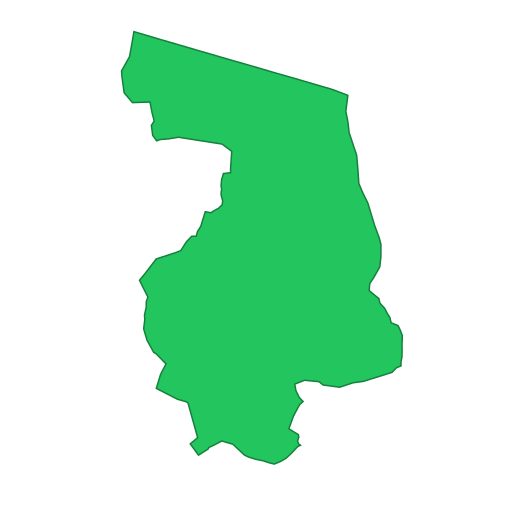 Mashi, Katsina, Nigeria, rotated 8°
{"feature_id": "59680162B19433829654146", "entity_name": "Mashi", "entity_type": "district", "adm_level": 2, "iso_a3": "NGA", "parent_name": "Nigeria", "parent_adm1": "Katsina", "projection": "albers", "projection_center": [7.993, 13.133], "detail": "fine", "context": "isolated", "style": "filled", "palette": "green", "viewbox_px": 512, "rotation_deg": 8, "n_neighbors": 0, "source": "geoboundaries", "source_scale": "gbopen_adm2", "svg_char_len": 1969}
<svg xmlns="http://www.w3.org/2000/svg" viewBox="0 0 512 512"><g transform="rotate(8 256 256)"><path d="M144.0,296.2L147.7,301.7L154.6,311.6L153.7,316.7L154.4,322.0L153.8,330.0L154.7,334.4L154.9,343.8L159.8,354.6L168.1,365.7L170.7,366.7L181.9,375.4L178.0,386.4L175.7,401.0L198.2,408.8L207.5,410.1L209.1,411.0L223.5,444.0L217.0,451.2L226.8,461.2L235.5,453.8L236.0,452.2L242.3,448.0L247.7,444.0L259.3,445.6L272.2,454.7L276.4,456.1L283.5,457.3L291.4,457.8L298.2,459.0L303.1,459.5L309.0,456.0L313.9,452.1L318.4,446.6L323.7,439.1L326.4,437.2L324.4,436.2L322.9,433.5L323.6,429.4L322.8,427.0L317.1,424.5L312.6,422.5L315.4,409.3L319.2,398.8L320.2,396.8L322.9,393.5L318.6,390.2L314.3,383.8L312.2,377.5L321.3,372.3L328.8,372.0L336.0,371.7L340.3,374.4L357.1,374.3L369.6,368.1L379.8,365.2L406.9,352.3L410.6,347.2L414.9,344.6L414.3,340.7L414.6,335.7L413.7,328.4L412.8,322.6L412.5,318.6L411.9,314.3L409.2,309.4L406.3,305.1L399.1,303.3L397.1,298.2L393.9,294.4L390.6,289.8L385.3,285.5L383.6,281.0L380.0,278.9L372.9,274.5L372.5,267.4L375.5,261.3L380.1,249.6L379.8,239.4L378.1,227.1L375.7,221.3L369.1,209.0L359.5,188.2L352.6,178.0L347.7,169.8L347.1,166.8L344.8,155.8L341.6,142.0L338.1,135.1L331.1,120.9L328.2,109.9L324.8,100.2L324.7,90.3L324.6,84.1L316.6,82.3L309.6,80.7L305.1,79.9L299.7,79.2L275.3,75.6L260.6,73.5L248.9,71.9L231.4,69.3L219.5,67.6L203.6,65.4L200.4,64.9L198.2,64.6L169.0,60.4L146.6,57.1L129.1,54.6L103.9,50.8L103.6,60.7L103.0,76.2L97.1,91.4L98.3,97.1L102.7,112.7L112.3,121.3L129.6,118.3L133.1,128.5L136.4,136.5L134.2,141.2L136.9,150.9L141.6,155.8L144.9,154.0L153.1,152.2L162.7,149.2L206.8,149.9L217.4,155.7L218.7,173.7L219.3,177.0L212.2,178.9L212.0,181.4L211.3,184.9L211.6,191.2L212.6,194.2L212.8,199.9L215.3,206.0L215.4,209.8L212.3,213.9L207.2,217.7L205.6,219.4L199.6,219.2L197.1,234.6L194.7,239.7L194.0,244.7L189.6,245.4L185.6,250.9L184.3,253.3L180.8,261.1L175.8,263.9L157.6,272.8L148.3,289.3L144.0,296.2Z" fill="#22c55e" stroke="#15803d" stroke-width="1.5"/></g></svg>